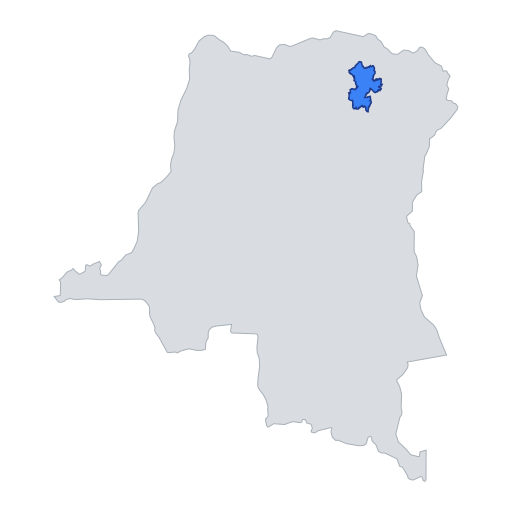 Poko, Orientale, Democratic Republic of the Congo (highlighted)
{"feature_id": "63176286B68044599971787", "entity_name": "Poko", "entity_type": "district", "adm_level": 2, "iso_a3": "COD", "parent_name": "Democratic Republic of the Congo", "parent_adm1": "Orientale", "projection": "robinson", "projection_center": [26.825, 2.983], "detail": "fine", "context": "in_parent", "style": "filled", "palette": "blue", "viewbox_px": 512, "rotation_deg": 0, "n_neighbors": 0, "source": "geoboundaries", "source_scale": "gbopen_adm2", "svg_char_len": 8830}
<svg xmlns="http://www.w3.org/2000/svg" viewBox="0 0 512 512"><path d="M446.5,355.0L407.3,362.0L408.1,364.5L407.7,367.2L406.7,369.2L402.7,374.7L396.8,379.7L396.8,380.9L399.7,386.6L401.6,394.3L401.1,407.9L401.9,411.6L401.8,414.4L399.8,417.6L395.8,434.0L398.4,441.9L406.2,449.3L410.7,454.7L418.3,456.7L419.5,456.4L420.0,451.9L426.1,450.1L426.0,479.3L425.6,480.9L424.4,481.3L423.0,480.3L422.5,477.6L420.9,476.4L413.5,479.9L411.6,479.9L409.6,479.2L408.0,477.8L407.6,475.5L402.4,467.1L399.8,466.4L396.9,458.8L385.2,453.2L380.8,452.8L378.4,451.1L376.1,445.0L372.2,441.2L371.3,436.9L370.5,436.3L368.2,437.2L366.1,443.9L363.5,445.5L358.7,445.7L346.7,443.7L338.1,440.2L335.8,440.5L332.4,437.3L331.0,432.1L331.8,428.1L331.1,427.5L318.0,430.8L314.9,432.9L311.9,432.4L311.0,431.3L312.3,428.5L311.6,425.5L310.7,424.1L306.8,423.0L305.6,419.8L303.2,419.3L302.4,419.8L301.8,422.0L300.4,422.7L292.6,421.6L284.5,424.5L273.6,423.7L268.4,427.1L267.7,427.0L266.5,425.3L265.5,419.8L266.0,418.3L267.6,417.2L268.2,415.0L267.6,409.2L268.1,407.9L267.5,404.6L265.8,399.3L263.5,395.1L258.6,388.6L257.7,385.6L258.0,378.4L259.6,367.0L259.3,358.5L257.3,353.0L256.9,347.1L258.1,336.4L256.8,333.9L232.0,333.0L231.0,332.2L230.5,330.7L231.6,324.4L216.5,326.0L212.0,327.2L209.2,329.8L208.2,333.0L208.2,337.7L205.9,342.1L205.3,349.5L201.1,350.4L196.9,350.4L188.8,348.8L181.0,350.9L177.2,352.9L175.1,352.0L168.1,352.7L167.2,352.2L159.0,337.4L155.4,332.5L154.7,330.1L155.0,327.8L154.0,324.7L150.2,317.2L149.5,313.6L149.6,308.1L149.2,306.3L145.7,301.5L143.5,299.9L141.0,299.1L100.5,299.7L87.0,298.8L77.3,299.5L72.3,299.1L70.9,298.4L66.5,299.4L64.1,301.4L60.6,302.4L58.4,302.0L54.2,296.5L59.9,295.6L60.3,295.0L60.6,281.9L59.1,280.0L62.1,277.8L67.1,272.0L71.9,269.9L72.5,268.8L73.6,268.8L75.3,271.2L79.5,274.4L84.6,271.6L85.2,270.8L85.8,265.2L87.1,264.7L89.3,265.9L90.6,265.9L92.8,264.3L99.4,261.5L101.4,265.1L99.6,268.4L100.4,270.7L100.6,274.3L101.6,275.1L106.9,275.5L108.4,274.6L118.7,261.7L121.4,260.2L125.7,255.0L131.5,252.7L133.9,248.7L137.2,241.4L138.7,231.0L138.1,213.0L138.6,210.5L145.5,202.4L152.6,187.7L157.5,183.8L161.1,182.3L166.7,176.9L171.1,171.4L170.5,164.9L171.5,159.5L174.0,152.6L174.8,145.4L174.0,137.7L174.3,131.4L177.6,121.4L178.0,109.9L180.9,100.3L186.9,88.0L189.7,78.9L189.2,69.9L190.0,63.3L189.7,59.4L188.6,56.0L189.1,53.9L191.4,53.0L194.2,49.7L199.2,40.8L204.6,36.5L208.4,35.2L212.3,35.3L214.9,36.1L219.0,39.5L223.7,42.3L227.3,45.7L230.8,51.1L239.2,52.3L242.8,54.2L245.0,55.0L245.8,54.5L247.5,54.7L251.5,56.3L254.7,55.5L270.2,59.0L272.0,57.2L276.4,48.0L279.6,44.8L284.9,44.5L289.1,46.3L291.3,46.3L310.4,38.4L312.9,38.0L319.9,39.9L324.4,38.6L326.2,39.0L330.1,37.6L333.3,32.1L336.0,30.7L363.4,36.7L367.6,33.8L369.6,33.5L375.7,35.6L377.6,39.0L381.3,41.9L383.9,46.7L388.0,49.4L390.1,52.0L392.5,53.8L397.4,54.4L403.8,50.1L408.3,50.5L412.8,52.9L414.3,52.8L417.7,50.3L419.5,47.5L421.3,47.0L423.9,48.1L426.1,50.7L428.0,54.4L434.9,62.7L441.5,66.2L443.2,71.2L445.6,70.8L446.8,71.2L448.5,74.5L449.7,75.1L450.0,76.4L448.3,79.4L446.8,85.2L448.8,88.8L447.1,94.0L446.2,99.3L448.4,100.6L451.2,100.6L453.7,103.3L455.7,103.8L457.8,106.7L457.4,109.2L450.8,117.9L440.9,128.5L437.6,129.8L435.9,131.8L434.7,134.9L431.8,137.5L429.6,138.6L429.4,146.3L426.1,154.3L424.9,155.9L423.1,168.9L423.4,171.1L421.5,181.7L421.8,191.6L417.1,194.7L413.8,199.6L412.4,202.9L412.4,211.0L407.0,215.9L406.6,217.0L407.9,222.7L409.9,223.6L409.9,225.5L414.3,231.6L414.1,250.3L414.3,252.2L416.6,256.6L418.1,265.1L416.4,275.9L422.4,295.7L419.7,302.9L421.0,309.9L424.5,317.1L432.9,324.3L435.2,327.2L437.3,331.2L439.2,337.4L446.5,355.0Z" fill="#d9dde1" stroke="#a8b0b8" stroke-width="1"/><path d="M349.3,70.3L348.9,70.6L349.2,71.2L349.3,71.6L349.2,72.0L349.2,72.3L349.2,72.5L349.3,72.7L349.8,73.2L350.1,73.0L350.6,73.4L350.7,73.5L350.6,73.8L350.7,74.0L350.9,73.9L351.2,74.0L351.8,74.3L352.1,74.7L352.5,75.0L352.7,75.4L352.9,75.9L353.0,76.0L353.6,75.9L353.6,76.1L353.8,76.1L354.1,76.1L354.2,76.3L354.3,76.3L354.3,76.5L354.1,76.5L353.8,76.8L353.7,77.3L353.8,77.5L354.0,77.5L354.2,77.4L354.2,77.6L354.3,77.6L354.2,77.8L354.4,78.0L354.5,78.2L354.4,78.5L354.6,78.7L354.3,79.3L354.0,80.4L354.0,80.5L354.4,80.7L354.8,81.2L355.1,81.3L355.3,81.5L355.7,81.7L355.8,81.8L355.8,82.0L355.7,82.4L355.7,82.6L355.8,82.8L355.6,83.0L355.7,83.3L355.6,83.6L355.7,84.0L355.9,84.3L356.2,84.5L356.4,85.0L356.5,85.8L356.6,86.2L357.0,86.1L357.4,86.2L357.8,86.7L357.7,86.9L357.6,87.1L356.5,87.1L356.4,87.2L356.6,88.2L356.4,88.5L355.4,89.1L355.1,89.7L354.9,89.7L354.4,89.1L353.5,89.1L352.5,88.7L352.0,88.9L351.6,88.8L351.4,88.9L351.2,89.3L350.2,89.6L350.3,90.1L350.3,90.7L350.3,90.9L350.2,91.2L350.4,92.0L350.4,92.6L350.4,92.8L350.2,92.7L349.9,92.7L349.6,93.0L349.0,92.9L348.9,92.8L348.7,92.9L348.9,93.6L349.2,94.0L349.2,94.7L349.1,95.5L349.1,96.8L348.8,97.8L348.7,98.1L348.7,99.0L350.0,100.0L350.5,100.2L351.9,100.7L352.5,100.5L352.9,102.6L352.9,102.9L352.8,103.1L352.7,103.8L352.7,104.2L353.0,104.5L353.0,104.8L353.0,105.1L352.7,105.2L352.9,107.0L352.9,107.3L353.0,107.4L353.0,107.7L353.3,108.0L353.6,108.6L353.8,108.7L354.4,108.8L355.0,108.7L355.2,108.2L356.1,107.5L356.5,109.0L358.4,109.0L358.7,108.6L358.8,108.0L358.7,107.6L358.8,107.5L359.2,107.4L359.3,107.6L359.3,107.9L359.6,107.8L361.3,106.1L361.8,105.6L362.2,105.6L362.3,105.6L362.4,105.9L362.4,106.5L362.6,106.6L363.0,107.1L363.3,107.1L363.5,106.6L364.2,106.7L364.4,106.3L364.4,106.1L364.7,106.2L365.0,106.7L365.0,107.0L365.3,107.4L365.6,108.0L365.7,107.9L365.7,108.0L365.8,108.3L365.7,108.5L365.9,109.1L366.0,109.6L365.9,110.1L366.0,110.3L366.2,110.5L366.4,110.6L366.7,110.9L366.8,111.0L366.9,111.3L367.2,111.3L367.4,111.6L367.8,111.4L367.9,111.6L368.1,111.7L368.2,111.3L368.0,111.0L368.1,110.6L368.1,110.0L368.3,109.7L368.5,108.7L368.3,108.3L368.4,107.3L368.7,107.0L369.0,107.0L369.2,106.4L369.4,106.5L369.5,106.3L369.8,105.8L369.8,105.5L369.9,105.4L369.9,105.0L370.0,104.9L370.7,103.4L370.8,103.3L371.0,103.3L371.2,102.4L371.3,101.8L371.2,101.6L370.7,101.2L370.5,100.9L370.3,100.5L370.1,100.5L370.4,100.2L370.6,100.2L370.7,100.3L370.8,99.7L370.4,98.6L370.4,97.2L370.3,96.7L370.1,96.4L370.0,96.6L369.5,96.6L369.4,96.7L368.4,96.7L367.9,96.7L367.8,96.9L367.6,97.3L367.0,97.5L366.8,97.4L366.0,97.3L365.5,97.5L365.1,97.4L364.9,97.4L365.2,97.0L365.3,96.5L365.3,96.1L365.8,95.4L365.8,95.2L365.8,94.9L366.4,94.6L366.3,94.1L366.3,93.9L366.6,93.7L366.8,93.3L367.1,93.5L367.3,93.4L367.2,93.1L367.2,92.9L367.4,92.8L368.2,92.9L369.3,91.7L369.6,91.1L369.9,90.4L369.9,89.9L369.8,89.7L370.0,88.7L370.2,88.4L370.5,88.7L370.8,89.0L371.0,88.9L371.1,89.0L371.1,89.3L371.4,89.3L371.9,89.7L372.4,90.0L373.3,91.3L373.7,91.6L374.2,92.1L375.1,92.6L375.3,92.6L375.6,92.2L376.2,92.0L376.5,91.8L377.0,92.0L377.3,91.5L377.6,91.3L377.9,91.3L377.9,91.0L377.8,90.9L377.8,90.7L378.2,90.6L378.3,90.0L378.6,89.8L379.2,90.3L379.8,90.6L380.0,90.6L380.1,90.4L380.0,89.6L380.4,89.5L380.9,89.4L381.1,89.1L381.2,88.7L381.2,88.3L380.7,88.0L379.7,87.6L378.9,87.2L378.9,86.9L378.8,86.5L379.3,86.4L379.5,86.6L381.5,85.9L381.8,84.9L382.1,84.5L382.2,84.3L381.9,84.2L381.3,84.5L380.9,84.4L381.2,83.8L380.9,82.8L381.0,82.5L381.2,81.8L381.1,80.3L381.3,79.6L381.1,79.0L380.9,79.1L380.4,78.7L380.2,78.9L379.8,78.6L379.7,79.0L379.2,79.2L378.9,79.3L378.8,79.1L378.6,79.3L378.4,79.3L378.2,79.1L377.9,79.1L377.6,79.3L377.6,79.5L377.4,79.4L377.3,79.6L377.2,79.4L377.2,79.0L377.0,78.9L376.9,78.9L377.0,79.1L376.9,79.4L376.5,79.5L376.1,79.4L376.2,79.9L376.1,80.2L375.9,80.2L375.8,79.7L375.3,79.9L375.4,80.0L375.5,80.1L375.5,80.3L375.3,80.3L375.2,80.3L375.1,80.2L374.9,80.2L374.8,80.6L374.7,80.7L374.4,80.7L374.3,80.9L374.1,80.5L373.9,80.5L373.8,80.8L373.6,80.8L373.2,79.5L373.0,79.4L372.7,79.6L372.4,79.6L372.4,79.1L372.6,78.5L373.0,78.3L373.3,77.3L373.3,76.6L373.1,76.3L373.5,76.0L373.5,75.4L373.9,75.2L374.0,74.7L374.4,74.1L375.1,73.1L375.0,72.4L375.0,71.3L374.5,70.8L374.2,70.8L374.0,70.5L374.3,69.5L374.3,69.1L374.5,68.7L374.2,67.5L373.5,66.2L373.1,65.8L372.6,65.7L372.4,66.1L372.3,66.3L371.9,66.5L371.5,66.5L370.9,66.1L370.5,65.7L370.4,65.6L370.2,65.8L369.9,66.8L369.7,67.1L369.4,66.8L369.3,66.5L369.1,66.5L368.3,66.9L368.2,67.2L367.9,67.2L367.8,67.4L367.6,67.6L367.3,67.4L366.7,67.6L366.5,67.4L366.2,67.4L366.0,67.5L366.1,68.0L365.8,68.3L365.1,68.4L364.7,68.1L364.3,68.1L363.8,67.8L363.7,67.2L363.2,67.0L363.3,66.6L363.1,66.2L362.4,66.0L362.1,64.9L361.9,64.7L361.8,63.9L361.6,63.6L361.5,63.3L361.6,62.9L361.6,62.5L361.4,62.2L360.8,61.8L360.3,61.9L359.8,61.6L359.5,61.7L358.8,62.0L358.1,63.1L357.8,63.3L357.5,63.8L357.1,64.2L356.8,64.2L356.5,64.4L356.4,64.8L356.0,65.1L355.8,65.6L355.7,65.7L355.4,65.7L355.4,65.9L355.5,65.6L355.3,66.4L355.2,66.5L355.2,66.3L355.2,66.6L354.6,67.3L354.6,67.7L354.4,67.7L354.0,67.5L353.3,67.7L352.3,68.6L352.2,68.9L351.6,68.9L350.8,69.7L350.7,69.9L350.8,70.2L350.7,70.3L350.3,70.4L349.8,70.2L349.6,70.0L349.3,70.1L349.3,70.3Z" fill="#3b82f6" stroke="#1e3a8a" stroke-width="1.5"/></svg>